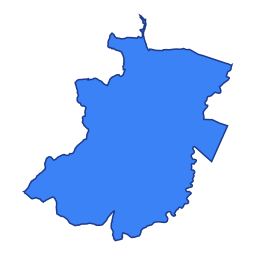 Vulcan, Brasov, Romania (orthographic projection)
{"feature_id": "2599482B91896780036190", "entity_name": "Vulcan", "entity_type": "district", "adm_level": 2, "iso_a3": "ROU", "parent_name": "Romania", "parent_adm1": "Brasov", "projection": "orthographic", "projection_center": [25.394, 45.633], "detail": "fine", "context": "isolated", "style": "filled", "palette": "blue", "viewbox_px": 256, "rotation_deg": 0, "n_neighbors": 0, "source": "geoboundaries", "source_scale": "gbopen_adm2", "svg_char_len": 5757}
<svg xmlns="http://www.w3.org/2000/svg" viewBox="0 0 256 256"><path d="M115.3,240.6L121.8,239.1L122.6,236.9L122.0,236.1L123.0,232.8L127.3,234.3L131.4,237.5L134.8,237.1L137.9,236.1L139.0,236.0L140.4,234.1L140.4,233.4L141.1,231.8L140.9,230.9L141.4,230.1L143.2,228.3L146.0,227.3L147.3,225.9L148.8,225.7L149.7,225.2L151.4,225.0L152.3,224.3L153.7,222.7L155.4,222.0L159.1,221.8L163.7,222.4L165.3,222.3L166.1,222.1L167.2,221.2L167.7,219.2L167.7,218.3L167.3,217.3L166.4,216.1L165.8,214.6L165.9,213.7L166.2,213.3L166.5,213.0L166.9,213.0L167.4,212.1L169.7,211.6L170.5,212.0L171.3,214.2L172.5,215.6L173.6,216.1L174.7,215.9L175.4,215.3L175.3,214.7L174.6,214.0L174.3,213.3L175.4,212.1L175.9,210.7L178.1,208.9L178.9,207.5L179.7,207.1L181.8,208.2L182.0,208.1L183.3,206.6L184.1,204.6L184.5,204.2L185.2,203.8L187.3,203.6L188.0,203.2L188.5,202.6L188.5,201.5L188.4,201.0L187.1,199.5L186.6,198.6L186.6,198.2L188.9,195.4L190.3,194.3L191.1,193.5L191.1,193.0L189.7,191.8L189.1,191.5L187.0,191.7L186.0,190.5L185.8,189.5L186.0,188.8L186.6,188.4L187.3,188.4L189.6,187.3L191.4,187.0L192.0,186.5L192.3,185.9L192.1,185.0L191.8,184.6L191.1,184.5L190.6,184.0L190.4,183.4L192.9,181.6L193.1,180.2L192.6,178.7L192.9,177.9L193.8,176.7L194.0,175.7L193.4,174.3L194.6,172.9L194.6,171.4L194.2,170.7L193.4,170.1L192.1,170.1L191.4,169.5L191.7,167.8L191.5,165.4L191.6,164.4L191.9,163.8L192.4,163.7L193.8,164.0L194.3,163.8L194.9,162.4L195.8,161.9L196.2,161.0L196.2,160.2L196.0,159.9L195.1,159.5L192.6,159.1L191.4,156.7L191.2,155.9L191.4,155.1L191.6,154.7L193.6,153.3L194.2,152.3L194.2,151.4L194.0,150.7L192.8,148.8L192.7,148.2L193.3,147.2L193.8,146.8L194.4,146.6L196.0,147.7L211.6,161.6L227.6,125.8L219.7,123.2L212.2,119.7L203.8,119.4L203.9,116.5L203.3,113.8L203.4,111.7L205.5,108.8L207.4,106.9L207.7,105.4L207.2,105.1L206.3,105.2L205.4,104.7L204.9,102.6L205.3,101.7L206.2,101.1L206.8,99.9L207.2,97.6L207.7,96.7L211.1,95.8L214.9,92.3L218.2,93.1L219.9,93.1L220.6,92.4L220.9,90.7L219.5,86.6L220.6,86.2L223.5,83.3L228.1,80.0L229.3,78.1L229.1,77.6L228.5,77.3L226.6,76.7L226.4,76.1L227.6,72.1L228.5,71.3L230.0,70.6L230.9,69.4L231.2,67.3L231.9,64.8L231.2,65.3L227.5,63.6L227.1,63.7L202.9,55.6L198.3,54.4L189.6,49.5L186.5,49.7L183.6,48.5L180.4,49.3L176.3,49.0L168.5,49.8L166.6,49.6L163.2,49.8L162.6,50.6L156.0,50.4L152.6,49.6L152.2,49.8L151.8,49.4L149.8,49.1L149.0,50.6L148.5,50.3L147.9,49.4L147.5,48.2L146.7,47.3L146.3,44.5L145.5,42.9L144.3,39.2L144.0,38.1L144.0,37.1L143.4,35.8L143.5,32.5L143.8,31.5L143.7,30.9L144.1,30.6L144.6,29.0L145.0,28.7L144.9,27.5L145.6,26.0L145.8,24.9L145.9,23.5L145.3,21.5L145.3,21.1L145.6,20.5L145.5,19.8L145.5,19.5L144.5,19.9L144.2,19.7L143.6,18.5L142.8,18.0L141.0,16.0L140.0,15.4L140.4,16.3L140.3,17.6L141.1,18.1L143.1,21.1L142.9,22.8L143.1,23.1L144.1,23.4L144.4,23.7L144.5,24.3L144.8,24.5L144.3,25.3L143.9,27.4L143.0,29.1L142.4,29.4L140.8,29.6L140.1,30.0L140.6,30.9L141.3,30.9L141.5,31.7L142.3,32.1L142.3,33.8L142.5,34.3L142.4,36.3L142.0,37.1L141.0,37.9L138.4,36.5L137.3,37.7L137.4,38.1L132.5,37.7L127.4,37.5L126.4,37.7L124.5,38.7L123.4,38.6L121.3,38.9L119.9,38.4L117.3,38.0L116.6,38.2L114.6,36.3L114.0,34.7L112.0,33.1L110.1,35.2L109.4,39.0L108.7,39.9L108.2,41.4L108.1,42.2L108.1,43.9L107.9,46.0L108.0,46.6L108.5,47.1L109.7,47.8L110.3,47.5L110.9,47.7L111.5,48.5L112.2,48.8L113.4,48.2L113.7,48.8L114.9,49.3L116.0,50.1L118.3,50.6L121.7,52.1L121.8,53.0L123.1,55.5L123.5,57.1L124.0,58.0L123.9,59.9L124.0,60.6L123.9,61.2L124.1,61.3L123.7,63.5L123.9,63.6L123.9,64.8L123.2,65.9L122.9,66.6L123.4,68.6L123.3,69.6L125.1,69.5L123.3,74.2L123.3,74.8L120.9,76.5L119.4,75.8L119.0,74.7L116.3,75.0L114.2,76.3L112.1,77.1L110.4,78.7L109.9,79.4L109.0,81.9L108.5,82.5L108.4,83.7L107.9,84.3L107.7,85.2L107.4,85.5L106.3,85.0L105.7,85.0L103.4,83.5L101.8,81.6L100.1,80.7L99.5,80.7L97.2,78.9L95.0,78.2L93.9,78.4L92.9,79.1L91.9,79.5L90.3,79.4L88.3,80.1L87.8,79.9L88.4,79.1L88.4,78.7L87.4,79.0L85.2,79.3L84.1,79.1L81.4,79.6L80.1,79.5L78.0,79.9L77.1,80.5L75.2,82.6L75.4,82.9L75.3,83.8L76.1,85.8L76.9,89.2L77.5,90.2L77.6,91.2L77.2,92.6L77.9,93.6L77.9,94.2L78.4,95.7L77.2,97.9L77.2,100.3L77.3,101.0L78.7,102.7L80.2,103.2L80.5,103.6L81.1,105.2L81.7,105.6L82.3,106.0L83.9,106.0L84.6,106.3L85.9,107.4L85.9,108.1L85.2,110.3L84.9,112.3L85.3,114.4L85.1,116.2L83.5,116.3L82.7,117.0L82.4,117.9L82.9,119.8L82.8,121.0L82.3,122.3L83.1,123.6L83.6,124.0L84.0,125.4L87.0,128.3L88.3,129.2L88.6,131.0L87.5,133.0L86.8,135.3L86.5,139.0L86.1,139.3L84.9,139.3L83.7,139.8L82.7,141.3L78.0,145.2L76.6,146.6L75.1,148.6L74.5,150.7L73.4,152.6L72.6,153.4L71.2,153.7L69.9,153.6L69.0,154.8L68.0,155.3L66.3,155.4L64.2,154.5L62.6,154.9L57.8,157.2L56.4,158.7L54.0,160.2L53.8,160.2L52.3,158.6L51.2,157.2L50.7,157.0L49.2,156.8L48.6,156.9L47.3,158.0L46.8,158.1L46.4,158.8L45.5,161.7L44.7,163.6L45.2,166.1L45.1,166.7L45.4,167.1L45.4,167.8L45.0,168.6L45.2,169.0L44.6,169.5L44.4,170.0L43.4,170.4L42.9,171.3L41.9,172.2L39.4,173.8L38.6,174.9L36.9,175.9L36.4,177.5L35.6,178.5L34.4,179.4L33.8,179.5L32.1,181.0L31.9,180.9L31.2,181.5L31.4,181.8L30.1,183.4L28.3,187.5L25.6,190.6L24.5,191.4L24.1,191.5L24.3,191.6L24.7,192.9L25.1,193.3L25.8,193.6L27.8,195.2L31.0,198.2L32.1,198.8L35.5,197.9L35.9,197.6L36.3,197.7L38.2,198.7L39.9,198.8L40.1,199.3L42.0,201.2L43.3,202.1L44.1,201.3L45.0,201.1L46.2,200.1L50.6,197.9L52.9,197.1L53.5,197.2L55.2,198.8L55.2,199.5L56.3,201.3L56.7,203.9L56.3,207.2L56.9,213.8L61.1,216.3L63.3,216.5L66.7,218.9L68.0,220.4L69.6,223.0L75.0,225.6L75.7,225.6L77.5,225.1L79.3,225.1L81.2,224.1L86.9,223.9L89.7,223.2L94.2,224.1L96.1,225.1L97.2,225.3L100.3,225.2L102.5,224.7L106.2,220.7L108.2,217.1L112.6,212.0L114.0,211.1L114.5,211.4L113.3,214.7L112.0,220.8L112.3,221.0L111.4,223.1L111.2,226.5L111.4,228.5L112.0,229.2L113.3,231.9L112.6,235.1L113.3,236.0L113.9,238.8L115.3,240.6Z" fill="#3b82f6" stroke="#1e3a8a" stroke-width="1.5"/></svg>